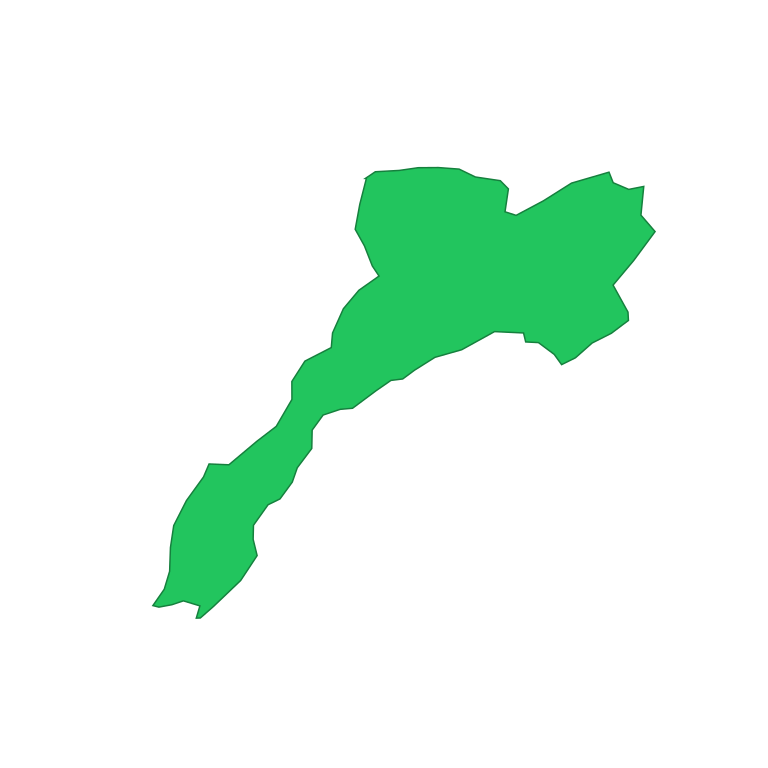 Hallsberg, Orebro, Sweden (Equal Earth projection), rotated 310°
{"feature_id": "70781695B5690265718253", "entity_name": "Hallsberg", "entity_type": "district", "adm_level": 2, "iso_a3": "SWE", "parent_name": "Sweden", "parent_adm1": "Orebro", "projection": "equal_earth", "projection_center": [15.203, 59.02], "detail": "fine", "context": "isolated", "style": "filled", "palette": "green", "viewbox_px": 768, "rotation_deg": 310, "n_neighbors": 0, "source": "geoboundaries", "source_scale": "gbopen_adm2", "svg_char_len": 1171}
<svg xmlns="http://www.w3.org/2000/svg" viewBox="0 0 768 768"><g transform="rotate(310 384 384)"><path d="M581.8,528.5L589.8,530.4L595.9,524.7L607.0,495.9L639.2,495.9L675.0,493.7L678.5,472.3L702.3,456.0L690.4,446.4L685.5,430.2L690.9,420.2L658.4,398.5L626.6,388.3L598.1,376.8L593.7,366.0L613.4,353.9L614.5,342.4L601.3,320.9L596.9,303.4L584.8,286.6L571.6,271.1L557.4,258.4L541.0,240.9L529.5,237.6L530.1,238.4L506.2,249.9L484.0,262.5L477.2,280.3L466.9,299.2L463.5,310.8L439.6,304.5L415.6,304.5L390.0,311.8L378.0,320.2L350.7,308.7L326.7,311.8L313.0,323.4L282.3,328.7L258.3,323.4L222.4,317.1L210.3,301.4L196.8,305.5L167.7,307.6L140.4,313.9L121.5,325.5L102.7,340.2L85.5,347.6L65.7,349.4L68.4,355.0L78.6,363.4L88.9,369.7L95.7,385.6L84.0,390.7L86.7,393.7L104.2,396.4L141.4,400.5L171.0,397.1L180.9,383.6L191.9,374.8L217.0,372.8L229.1,378.2L249.9,376.8L264.1,371.4L288.2,370.1L302.5,358.6L321.1,357.3L336.4,366.7L345.2,375.5L373.6,382.2L391.2,387.0L399.9,395.1L414.2,398.5L437.2,405.9L460.2,421.5L495.2,435.0L512.8,458.1L507.3,465.5L515.0,475.7L516.1,495.4L513.0,507.6L527.1,513.8L549.2,517.1L569.1,525.6L581.8,528.5Z" fill="#22c55e" stroke="#15803d" stroke-width="1.5"/></g></svg>